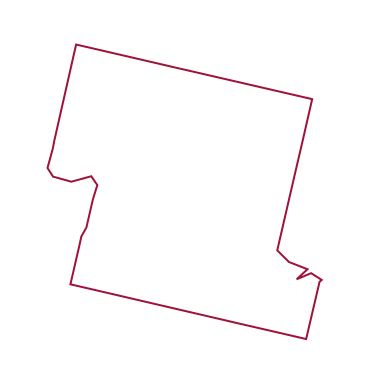 the district of Shawnee, Kansas, United States of America, rotated 193°
{"feature_id": "52423323B43181650652677", "entity_name": "Shawnee", "entity_type": "district", "adm_level": 2, "iso_a3": "USA", "parent_name": "United States of America", "parent_adm1": "Kansas", "projection": "natural_earth1", "projection_center": [-95.755, 39.043], "detail": "fine", "context": "isolated", "style": "outline", "palette": "rose", "viewbox_px": 384, "rotation_deg": 193, "n_neighbors": 0, "source": "geoboundaries", "source_scale": "gbopen_adm2", "svg_char_len": 487}
<svg xmlns="http://www.w3.org/2000/svg" viewBox="0 0 384 384"><g transform="rotate(193 192 192)"><path d="M338.1,309.6L337.7,211.2L337.4,202.7L338.2,182.9L330.8,175.7L311.9,174.9L293.7,184.7L285.8,177.4L286.9,162.7L286.9,133.6L289.8,123.8L289.7,113.9L289.7,74.7L118.4,74.4L47.7,74.4L47.5,133.2L45.8,135.5L57.7,139.7L70.4,130.5L62.1,142.7L81.8,145.6L95.8,154.3L95.8,191.4L95.8,230.5L95.7,269.8L95.8,309.5L239.1,309.5L338.1,309.6Z" fill="none" stroke="#9f1239" stroke-width="2"/></g></svg>